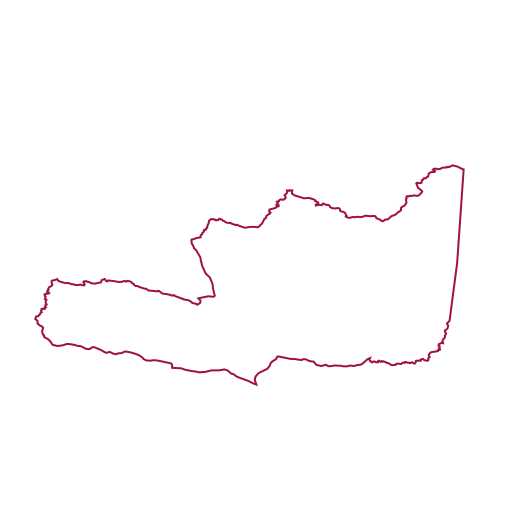 outline of Íquira, Huila, Colombia, rotated 102°
{"feature_id": "7082276B93831290188836", "entity_name": "Íquira", "entity_type": "district", "adm_level": 2, "iso_a3": "COL", "parent_name": "Colombia", "parent_adm1": "Huila", "projection": "equal_earth", "projection_center": [-75.689, 2.666], "detail": "fine", "context": "isolated", "style": "outline", "palette": "rose", "viewbox_px": 512, "rotation_deg": 102, "n_neighbors": 0, "source": "geoboundaries", "source_scale": "gbopen_adm2", "svg_char_len": 6085}
<svg xmlns="http://www.w3.org/2000/svg" viewBox="0 0 512 512"><g transform="rotate(102 256 256)"><path d="M381.7,228.9L377.4,231.5L374.1,231.4L370.1,229.2L363.9,221.4L360.8,219.9L357.3,219.2L355.4,217.8L352.8,215.0L350.1,214.3L349.6,213.1L349.5,201.1L348.7,196.7L348.5,191.6L348.2,189.6L347.0,188.2L346.7,185.8L347.5,182.7L347.6,179.8L347.3,177.6L349.9,174.4L350.1,169.6L347.9,164.8L348.7,162.4L348.5,160.9L346.7,156.2L345.7,149.9L345.8,148.0L345.1,144.3L343.5,140.9L343.3,137.4L341.5,134.0L340.6,131.2L339.5,129.7L333.9,125.6L332.2,123.3L333.8,123.6L335.3,122.3L335.2,121.3L335.7,121.0L336.0,120.2L334.7,119.1L334.5,117.8L335.0,116.7L334.6,114.5L333.2,114.6L332.8,114.0L333.7,112.0L332.7,111.2L333.0,110.6L332.5,109.8L332.9,108.9L332.6,107.7L333.2,106.5L333.4,103.8L334.5,101.0L334.4,99.7L333.5,97.1L333.1,96.4L332.3,96.3L331.7,95.0L331.5,91.7L329.8,90.2L329.6,88.4L328.7,88.2L328.5,87.2L328.9,85.5L328.5,84.3L328.9,83.4L328.4,82.3L327.7,81.9L327.5,80.9L328.2,79.5L328.3,78.4L326.8,77.7L325.5,77.9L324.9,77.0L324.8,75.2L324.2,74.4L324.1,73.1L323.1,73.3L322.2,72.1L322.1,71.0L322.8,69.9L323.0,67.9L322.5,66.0L321.8,65.7L320.2,66.3L318.6,65.1L317.5,66.3L316.8,66.4L314.7,65.6L313.7,64.7L311.3,58.4L310.2,58.4L309.7,56.7L308.7,56.8L308.4,57.7L306.4,57.4L306.0,58.7L305.5,58.5L304.5,58.9L304.1,58.8L303.7,57.8L302.3,56.4L302.4,54.8L301.7,55.0L301.1,56.0L298.8,55.7L297.0,54.5L295.5,54.3L294.8,54.7L292.6,54.0L292.1,54.1L290.7,55.6L289.6,55.7L287.7,54.0L286.3,53.5L284.2,53.5L282.4,55.2L279.1,53.2L221.0,57.8L128.1,70.9L128.1,72.1L126.6,77.8L126.5,82.7L128.9,85.5L128.7,86.3L129.5,87.1L129.2,87.9L130.1,89.0L130.7,91.7L132.7,94.2L133.2,95.8L133.2,98.8L134.2,100.5L134.8,100.9L135.6,98.5L136.6,98.7L137.5,101.9L138.5,103.5L140.1,104.3L142.5,104.1L143.4,105.4L144.7,106.1L145.2,108.1L146.3,108.3L147.3,109.5L149.9,109.3L150.9,111.5L150.9,113.9L151.6,114.3L155.5,111.8L157.7,107.4L158.4,106.8L159.5,107.2L162.5,109.1L163.7,110.8L163.9,114.3L165.0,116.3L165.1,118.2L166.0,119.1L166.0,120.6L166.4,120.9L167.6,121.2L168.4,120.6L169.6,121.1L172.4,119.9L175.8,121.1L178.1,123.9L179.2,124.2L181.0,123.6L184.5,126.8L186.2,127.8L188.8,131.7L192.6,134.5L193.8,137.6L195.5,138.8L195.7,139.9L194.6,142.5L194.1,145.4L193.7,146.4L192.5,147.1L192.2,148.4L193.4,153.0L193.8,157.4L195.2,159.3L196.4,162.4L196.4,164.5L197.6,167.5L197.6,169.2L199.2,172.3L199.3,174.5L198.8,176.3L197.7,175.8L196.9,176.9L195.5,177.5L194.7,179.4L194.6,182.8L192.6,183.7L192.2,184.2L192.0,185.8L193.0,188.2L193.4,191.6L192.6,193.8L191.6,194.5L191.1,195.4L191.3,198.9L190.6,200.8L190.9,201.7L192.2,201.8L192.7,202.4L192.7,204.7L194.1,207.9L193.2,208.2L192.1,205.9L190.9,206.3L190.5,206.8L189.9,209.5L189.4,209.4L188.7,210.6L188.2,216.3L189.6,221.1L188.7,231.1L187.4,233.9L184.3,234.2L184.7,235.0L184.6,236.2L185.2,236.6L185.0,237.5L185.6,238.1L185.5,239.3L186.4,238.9L188.3,239.0L190.4,240.6L190.9,240.6L191.9,239.4L193.2,239.1L193.7,239.4L195.3,240.9L195.6,243.8L196.6,244.8L197.7,244.9L198.5,246.8L199.9,245.6L200.6,245.7L201.2,246.7L201.9,246.6L201.8,244.3L202.7,244.3L203.6,246.1L204.9,246.9L207.8,252.5L209.8,252.4L210.4,250.9L211.0,250.8L214.5,254.1L216.8,254.2L217.9,255.5L222.9,256.8L227.5,259.9L227.7,263.1L228.8,267.9L230.7,272.8L229.9,279.3L229.3,280.8L230.1,282.2L229.6,283.8L229.7,285.6L228.9,288.0L229.4,289.8L229.4,292.5L228.5,294.2L228.4,295.7L227.6,296.6L227.6,297.8L227.1,299.0L227.3,299.8L228.7,300.4L228.7,301.4L229.4,302.1L229.5,302.6L229.0,303.3L229.1,303.9L228.7,305.1L229.1,305.7L229.2,307.0L229.6,308.0L231.5,309.3L233.8,309.1L237.0,309.9L238.6,309.6L239.5,310.5L240.6,310.5L241.0,311.8L241.5,312.3L241.9,311.8L242.9,311.9L244.6,313.3L245.9,313.2L247.2,314.4L249.3,314.1L250.9,318.3L252.3,320.0L253.1,322.2L253.8,322.5L257.2,321.4L259.6,319.2L261.5,318.0L262.9,315.6L269.1,310.0L271.2,309.3L277.0,306.5L282.6,302.4L284.0,301.0L286.5,296.8L292.3,292.7L296.6,291.4L303.4,288.1L304.3,288.5L304.8,289.6L305.3,294.3L309.4,303.6L311.1,301.1L312.8,300.8L314.0,301.2L315.9,303.5L315.2,304.7L315.2,308.5L314.2,310.0L313.3,312.9L313.5,318.0L312.9,318.8L313.2,320.1L312.8,321.0L312.1,326.5L311.3,328.3L311.9,328.8L312.2,330.3L311.7,331.6L312.0,332.8L311.8,334.2L312.2,339.2L311.8,340.8L310.4,343.4L310.5,344.8L311.1,345.2L312.1,354.1L310.9,356.6L311.1,358.2L310.6,363.7L310.0,365.7L310.4,367.6L309.4,369.5L308.7,369.8L308.4,371.6L307.7,372.1L307.3,372.9L307.0,374.2L307.1,376.9L308.1,377.8L307.7,379.3L309.3,382.3L310.0,385.1L310.1,390.7L310.8,395.9L311.8,396.3L311.5,397.6L310.0,399.0L310.0,399.4L311.7,401.9L314.0,402.1L316.6,408.1L316.9,411.6L316.1,414.1L316.3,415.4L315.9,416.8L316.6,419.0L317.5,419.5L318.9,417.8L320.4,417.9L320.7,420.3L320.4,421.3L321.9,425.8L321.6,428.6L322.0,430.0L321.4,433.9L322.1,436.5L322.0,439.2L321.8,442.3L321.3,444.3L319.9,445.8L321.4,447.8L322.5,450.4L323.2,450.7L324.2,450.4L326.7,449.2L328.6,450.5L329.4,451.8L331.6,452.5L332.4,451.9L333.8,453.0L334.5,452.5L335.2,450.6L335.8,451.0L335.7,451.6L336.1,451.9L336.3,453.2L336.9,453.4L337.4,454.8L338.8,454.4L339.8,453.2L341.8,453.6L342.4,451.9L343.2,452.4L345.5,452.0L347.0,450.7L347.9,451.8L348.8,451.6L349.6,451.9L349.9,450.9L351.9,451.8L351.7,453.0L352.4,454.7L353.5,454.5L354.2,455.0L355.5,453.9L356.5,455.0L358.5,455.4L359.0,456.2L360.2,456.4L360.8,458.4L363.5,458.8L365.0,456.1L367.4,455.7L367.8,454.6L368.8,453.5L369.4,450.6L370.5,449.3L374.2,449.6L377.1,448.2L377.6,446.9L379.3,446.3L380.6,442.1L382.7,438.9L384.7,437.1L385.5,435.4L385.1,434.3L385.4,432.4L385.0,430.7L383.8,427.0L381.3,422.5L380.9,419.7L380.7,416.2L381.0,411.4L380.6,408.7L382.1,403.3L381.9,400.5L381.5,399.2L379.4,397.4L378.8,395.2L380.2,388.1L381.9,382.7L381.5,381.4L380.4,379.7L380.3,378.4L381.2,375.5L381.1,372.1L380.0,371.0L379.0,367.5L376.5,364.0L376.4,358.0L376.8,353.2L377.5,349.5L378.7,346.4L380.2,344.5L380.9,341.6L380.5,338.1L379.2,334.4L378.7,330.5L378.7,316.7L379.8,315.5L382.8,314.8L381.5,306.5L381.5,304.9L382.0,301.8L381.9,294.4L381.5,291.4L381.7,287.9L380.1,281.9L377.2,275.9L375.4,267.8L373.5,263.4L373.9,259.8L376.2,255.7L376.1,253.9L378.1,249.4L379.8,237.5L381.2,232.3L381.7,228.9Z" fill="none" stroke="#9f1239" stroke-width="2"/></g></svg>